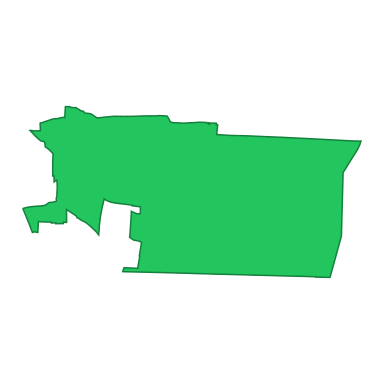 Rayón, México, Mexico (Mercator projection)
{"feature_id": "50627088B92517734283443", "entity_name": "Rayón", "entity_type": "district", "adm_level": 2, "iso_a3": "MEX", "parent_name": "Mexico", "parent_adm1": "México", "projection": "mercator", "projection_center": [-99.574, 19.139], "detail": "fine", "context": "isolated", "style": "filled", "palette": "green", "viewbox_px": 384, "rotation_deg": 0, "n_neighbors": 0, "source": "geoboundaries", "source_scale": "gbopen_adm2", "svg_char_len": 3597}
<svg xmlns="http://www.w3.org/2000/svg" viewBox="0 0 384 384"><path d="M23.0,209.0L25.2,214.2L28.8,223.1L32.4,232.5L33.4,232.1L34.4,231.9L35.2,232.0L36.6,232.2L37.8,232.5L38.4,221.7L44.8,222.0L51.0,222.1L51.3,222.2L51.2,222.8L51.4,223.0L55.8,222.9L55.8,223.7L63.3,223.6L63.5,222.3L66.6,222.4L66.6,217.6L66.5,209.5L71.5,212.8L76.2,215.9L77.2,217.9L77.4,217.8L77.9,217.9L78.4,218.2L78.9,218.6L80.0,219.4L80.9,220.0L81.3,220.2L82.0,220.6L82.8,221.0L83.8,221.5L85.0,222.1L86.3,222.9L87.0,223.4L87.7,224.0L88.7,224.8L89.5,225.5L90.0,226.0L92.7,228.4L94.6,230.2L95.9,231.5L96.6,232.2L98.2,234.3L98.7,234.9L98.8,233.6L99.0,231.3L99.2,229.1L99.2,226.9L99.5,224.2L100.0,219.9L100.7,215.2L101.2,212.4L102.2,207.1L103.1,203.6L104.2,198.8L105.6,200.0L108.1,201.1L110.6,202.1L113.9,202.8L118.8,203.5L125.6,204.3L132.3,205.2L132.3,205.9L140.4,206.8L140.3,213.8L138.0,213.8L136.4,213.5L135.5,213.2L134.0,212.5L132.3,211.9L131.4,211.3L131.0,218.4L130.7,223.2L130.5,226.6L130.2,230.1L130.1,232.6L129.9,234.7L129.8,236.3L129.6,237.2L130.4,237.6L130.4,237.9L133.7,240.1L138.8,241.0L141.5,242.4L139.3,256.0L139.8,256.1L138.7,262.2L137.7,268.3L128.5,267.9L124.0,267.7L122.7,271.6L123.2,271.7L132.8,271.9L141.3,272.1L145.5,272.2L149.8,272.3L158.3,272.5L162.5,272.6L171.0,272.8L179.8,273.1L184.1,273.2L188.5,273.3L197.2,273.6L206.0,273.8L214.4,274.1L222.9,274.3L227.2,274.4L231.4,274.5L239.9,274.7L244.1,274.8L252.6,275.1L261.0,275.3L269.5,275.5L273.8,275.6L282.2,275.9L286.5,276.0L290.7,276.1L299.2,276.3L304.2,276.4L309.3,276.6L314.4,276.7L315.7,276.8L315.7,277.1L320.2,277.2L324.6,277.3L329.1,277.4L330.0,277.4L332.7,267.6L335.5,257.6L338.4,247.0L341.4,236.1L342.3,202.7L342.9,180.4L343.1,172.6L347.1,166.2L350.1,161.3L353.4,156.1L357.4,149.8L359.9,144.5L360.5,142.3L361.0,141.1L355.1,141.0L349.8,140.8L344.0,140.5L338.7,140.2L332.2,139.9L325.6,139.5L319.8,139.2L313.2,138.9L306.6,138.5L301.7,138.3L300.0,138.2L293.7,137.9L287.7,137.6L280.3,137.2L278.2,137.2L276.8,137.1L269.7,136.8L268.0,136.7L266.2,136.7L260.6,136.4L255.7,136.2L249.0,135.9L243.5,135.7L238.7,135.6L236.9,135.6L228.0,135.3L221.1,134.8L216.7,134.5L217.7,124.9L217.4,124.8L217.0,124.6L216.4,124.6L216.4,123.2L209.9,123.0L209.3,122.9L209.4,123.0L209.4,124.3L207.0,123.1L206.6,122.5L204.9,122.4L202.7,122.3L200.7,122.3L199.1,122.2L197.5,122.3L195.9,122.5L194.3,122.6L193.2,122.6L187.7,122.9L185.8,123.0L184.1,123.2L182.4,123.1L180.8,123.0L179.8,122.9L178.3,122.9L175.5,122.8L172.0,122.5L170.4,121.9L169.2,119.6L167.7,116.9L167.0,116.0L163.6,115.8L159.3,115.6L157.1,115.8L155.0,115.9L147.9,115.9L141.4,116.0L134.4,116.3L124.7,116.4L116.5,116.3L113.2,116.3L112.5,116.4L104.8,117.1L100.6,117.6L97.2,117.9L95.3,116.8L91.9,114.4L90.3,113.7L88.2,113.4L86.4,113.2L84.7,113.1L84.3,112.3L83.7,111.5L82.6,111.0L80.8,110.8L79.7,109.8L77.1,108.5L76.1,107.6L73.6,107.6L72.4,107.6L70.5,107.2L69.7,106.6L67.6,106.7L67.1,106.6L65.4,106.6L64.7,117.7L63.6,117.3L60.0,117.9L57.9,118.6L55.7,118.6L53.3,118.9L48.8,120.3L41.6,122.8L40.4,122.9L40.1,123.2L40.4,130.7L38.0,130.8L35.8,130.9L33.2,130.8L31.1,130.4L30.0,130.5L31.2,131.7L32.5,133.0L35.2,136.0L39.8,140.2L41.0,141.0L43.6,141.5L44.6,142.1L45.3,146.9L46.5,147.7L48.8,149.4L53.0,153.6L53.0,155.0L52.7,162.4L52.7,176.0L53.0,176.0L54.0,176.0L54.1,181.9L55.7,180.7L56.7,180.1L56.8,180.3L57.2,184.1L57.2,186.8L57.2,189.3L56.9,192.9L57.0,195.5L56.6,196.8L56.3,198.2L56.2,199.0L56.5,200.7L56.0,201.4L54.0,201.9L52.2,202.3L50.3,202.4L49.3,202.4L47.4,203.7L45.8,204.9L44.0,205.5L41.4,205.9L35.2,206.3L31.1,206.7L27.5,207.3L25.2,207.8L23.8,208.3L23.4,208.3L23.0,209.0Z" fill="#22c55e" stroke="#15803d" stroke-width="1.5"/></svg>